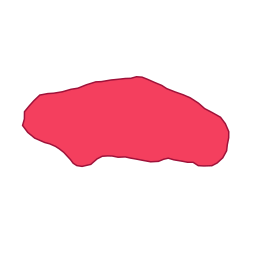 outline of PiisPenau, Federated States of Micronesia, rotated 33°
{"feature_id": "79324940B45370489391635", "entity_name": "PiisPenau", "entity_type": "district", "adm_level": 2, "iso_a3": "FSM", "parent_name": "Federated States of Micronesia", "parent_adm1": "", "projection": "natural_earth1", "projection_center": [151.765, 7.677], "detail": "fine", "context": "isolated", "style": "filled", "palette": "rose", "viewbox_px": 256, "rotation_deg": 33, "n_neighbors": 0, "source": "geoboundaries", "source_scale": "gbopen_adm2", "svg_char_len": 974}
<svg xmlns="http://www.w3.org/2000/svg" viewBox="0 0 256 256"><g transform="rotate(33 128 128)"><path d="M66.1,185.5L71.0,183.9L77.2,182.9L81.8,182.9L87.4,183.4L96.9,185.8L101.2,187.4L105.5,187.4L110.4,185.2L116.6,178.8L118.9,170.7L121.8,165.7L126.1,162.5L130.0,160.1L135.6,157.9L141.5,153.7L146.4,151.9L152.0,149.5L158.2,147.0L165.4,144.0L171.7,139.4L174.9,134.8L178.2,131.4L183.8,129.7L191.6,126.3L196.6,124.3L201.2,121.3L207.4,121.3L212.3,118.5L218.9,113.9L221.8,108.8L223.7,101.4L223.1,93.4L220.4,88.0L217.8,81.4L214.5,76.2L207.3,71.4L199.7,68.6L190.2,69.2L181.7,70.0L173.5,68.8L163.9,68.8L156.1,70.1L147.9,72.1L139.0,73.9L133.1,73.9L125.6,75.3L118.0,76.5L112.1,77.7L107.2,80.4L103.3,84.8L98.7,88.0L94.1,91.8L87.6,97.0L80.4,103.6L75.8,106.9L69.5,114.5L64.3,121.9L59.1,126.6L53.2,133.4L46.6,139.4L42.0,142.8L36.1,148.4L34.2,156.5L33.2,162.9L32.3,170.7L36.2,176.9L38.2,183.3L46.4,186.3L55.3,187.3L66.1,185.5Z" fill="#f43f5e" stroke="#9f1239" stroke-width="1.5"/></g></svg>